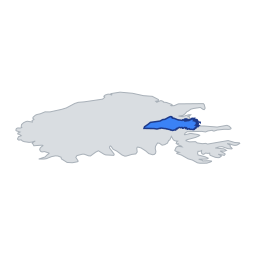 Borgarbyggð, Vesturland, Iceland shown in context, rotated 181°
{"feature_id": "244011B50787148750106", "entity_name": "Borgarbyggð", "entity_type": "district", "adm_level": 2, "iso_a3": "ISL", "parent_name": "Iceland", "parent_adm1": "Vesturland", "projection": "equal_earth", "projection_center": [-22.083, 64.706], "detail": "fine", "context": "in_parent", "style": "filled", "palette": "blue", "viewbox_px": 256, "rotation_deg": 181, "n_neighbors": 0, "source": "geoboundaries", "source_scale": "gbopen_adm2", "svg_char_len": 7964}
<svg xmlns="http://www.w3.org/2000/svg" viewBox="0 0 256 256"><g transform="rotate(181 128 128)"><path d="M197.7,98.8L200.0,98.9L203.8,98.1L209.1,95.9L211.4,95.5L216.7,95.4L210.4,97.6L208.2,99.9L206.5,101.1L206.6,101.6L211.2,103.0L213.3,102.6L214.3,102.8L215.2,103.4L215.9,104.8L215.6,106.2L214.4,107.6L212.7,108.8L213.0,109.2L214.4,109.3L221.8,108.6L222.8,110.4L223.5,110.9L223.3,111.5L220.5,113.4L223.9,112.2L226.6,111.9L231.4,112.5L233.4,113.2L234.6,114.3L237.0,114.0L238.1,114.7L238.2,115.4L237.3,117.4L234.6,118.4L236.4,119.8L237.8,119.9L238.1,120.2L238.0,121.0L235.9,122.1L239.5,123.2L240.0,123.6L239.9,124.9L239.4,125.6L238.3,126.1L235.7,126.1L234.2,126.6L234.8,127.4L234.5,129.6L232.6,131.4L230.7,132.4L228.9,133.0L223.7,132.3L224.0,133.9L222.2,134.8L222.6,135.6L223.3,136.0L223.1,137.1L220.8,139.2L219.2,139.9L215.9,140.7L211.2,142.7L206.4,142.7L194.6,145.5L190.0,147.0L181.7,151.6L178.2,152.8L172.1,153.4L153.9,156.4L151.9,158.2L151.8,158.6L152.7,159.3L151.3,160.6L148.6,161.5L147.2,161.5L144.9,160.7L144.7,161.1L145.6,162.1L136.6,163.7L124.1,162.8L113.1,160.6L104.3,160.1L98.1,157.0L97.9,156.5L98.5,155.6L100.8,155.2L99.7,154.2L96.0,155.9L94.8,155.8L93.2,155.1L93.1,154.5L90.0,154.2L84.6,152.3L84.2,151.8L85.5,151.2L85.2,151.0L82.3,151.1L78.1,153.0L53.1,153.7L52.2,152.7L51.2,149.2L52.1,147.7L53.1,147.8L56.0,149.8L62.7,148.7L65.5,147.9L68.0,146.0L69.4,145.4L71.4,143.0L73.5,141.5L77.7,140.8L73.9,140.3L67.6,142.3L65.5,142.3L66.5,141.4L68.7,140.5L67.2,140.4L66.6,140.0L66.6,139.1L67.7,137.6L75.1,135.0L73.3,134.5L68.2,136.5L64.4,137.2L61.4,136.3L59.9,135.1L60.0,134.6L61.8,133.0L61.5,132.7L60.3,132.6L57.0,131.2L51.8,131.3L38.9,130.5L29.1,132.4L26.8,131.5L24.9,129.6L25.3,128.8L27.0,128.4L31.8,128.4L38.8,127.5L42.0,126.4L43.2,126.7L43.8,127.2L48.1,126.4L50.4,125.4L54.3,125.9L68.8,125.3L70.7,124.0L71.5,122.5L71.1,122.2L65.8,123.6L64.6,123.6L58.4,122.8L56.2,122.0L56.9,121.3L60.2,119.8L68.5,117.4L69.7,116.9L69.8,116.3L66.5,115.2L60.2,115.5L58.6,114.3L53.4,113.6L50.0,114.0L48.2,113.3L27.7,117.2L21.1,115.4L16.4,115.1L16.0,114.5L18.8,112.8L20.6,112.5L22.5,112.7L26.1,113.9L28.6,114.2L25.5,112.5L25.4,110.8L24.4,110.4L23.5,109.3L23.9,108.9L27.7,109.1L33.6,111.0L36.5,110.7L40.4,109.5L31.8,108.8L29.2,107.3L31.1,106.5L35.5,106.6L30.6,104.0L30.4,103.5L31.3,102.3L37.4,103.4L34.2,101.8L34.1,101.5L35.0,101.2L35.6,100.2L37.1,99.9L40.2,100.2L45.0,102.0L45.7,102.5L45.9,104.3L47.7,104.0L50.0,104.3L51.9,103.0L53.2,103.3L54.2,104.4L54.0,106.8L55.4,106.0L57.6,105.9L58.0,103.9L57.5,102.3L50.2,100.5L47.3,99.2L47.7,98.7L49.1,98.3L56.8,98.0L53.5,97.2L52.7,96.4L46.9,96.7L43.9,96.4L43.9,96.0L45.1,95.4L48.6,94.2L55.3,94.0L58.0,94.4L63.1,97.1L67.3,98.2L74.2,101.9L78.7,103.3L78.9,103.7L78.1,104.1L76.4,104.6L79.1,105.3L80.7,106.2L80.8,106.6L79.4,109.7L77.7,110.6L73.6,110.1L74.6,111.0L77.5,112.0L78.2,112.6L77.7,113.2L79.1,113.0L79.6,113.3L79.0,115.1L78.2,115.7L80.7,116.0L82.4,116.9L84.5,120.4L85.6,117.7L86.1,116.7L87.1,116.3L88.3,113.6L91.0,112.0L93.6,111.4L96.3,113.3L98.2,113.5L100.2,110.2L100.4,107.7L99.7,105.1L100.0,103.2L101.3,102.0L103.0,101.7L106.8,102.8L109.9,105.4L114.6,108.3L117.8,109.1L118.4,109.0L118.9,108.0L118.4,104.2L119.8,102.2L123.6,101.7L129.3,99.9L130.7,99.8L133.5,100.9L138.8,104.7L142.5,106.5L144.5,109.3L145.4,109.8L146.1,108.9L146.1,107.7L141.5,101.8L141.4,101.0L141.8,100.4L149.8,100.7L151.6,101.4L157.2,104.7L159.9,103.3L165.0,99.4L166.9,99.5L171.5,101.1L173.3,101.0L178.6,99.5L179.7,97.7L177.2,94.0L178.1,93.3L183.0,92.3L188.3,92.5L194.1,96.0L194.4,97.6L197.7,98.8Z" fill="#d9dde1" stroke="#a8b0b8" stroke-width="1"/><path d="M84.6,140.1L86.0,140.1L87.7,139.3L91.2,137.3L93.5,137.0L96.1,135.5L105.7,134.0L107.9,132.1L111.5,129.5L112.0,127.9L102.0,127.9L99.0,127.5L96.4,128.2L95.5,128.2L95.3,128.5L94.3,128.5L91.6,128.1L90.5,128.1L89.8,127.8L89.5,127.9L89.2,127.7L88.4,127.7L88.1,127.5L85.9,127.1L85.6,126.8L85.3,127.0L85.0,126.9L84.8,126.7L83.3,126.3L81.5,126.9L80.3,126.8L80.1,127.0L80.0,127.5L79.8,127.9L78.9,127.9L78.8,128.0L79.2,128.4L78.5,128.7L77.6,128.9L77.0,129.5L76.2,129.5L75.2,129.1L74.4,129.5L73.6,129.4L73.5,128.9L73.4,128.7L72.4,128.7L72.6,128.8L71.7,129.5L70.2,129.4L70.5,129.0L70.4,128.5L69.0,128.6L68.8,128.4L68.6,128.4L68.5,128.2L68.8,128.0L68.7,127.8L67.9,128.0L67.4,128.3L66.7,128.4L66.6,128.1L66.0,127.7L65.5,127.7L64.9,127.8L62.6,127.5L62.4,127.6L61.8,127.7L61.7,127.9L61.3,128.3L61.6,128.4L61.3,128.6L61.5,128.6L61.4,128.8L61.2,128.8L60.7,128.8L60.4,129.0L60.5,129.1L60.1,129.2L60.1,129.5L60.3,129.6L60.2,129.8L60.3,129.9L60.2,130.1L59.3,130.3L58.7,130.5L58.1,130.6L58.2,130.9L58.3,131.0L58.1,131.0L57.7,131.4L57.4,131.3L57.2,131.4L57.9,131.4L58.3,131.3L58.2,131.4L58.2,131.5L57.8,131.6L58.0,131.7L57.5,131.8L57.9,132.0L58.1,131.8L58.6,131.8L59.0,131.9L59.1,131.7L60.3,132.0L60.1,132.1L59.6,132.4L59.6,132.5L59.8,132.5L59.9,132.8L59.6,132.8L59.4,133.0L59.1,133.0L59.0,132.9L58.9,132.9L58.9,133.3L58.1,133.7L58.2,133.8L58.0,134.0L58.3,134.0L58.5,133.9L58.7,133.7L58.9,133.7L59.3,133.5L59.7,133.5L59.4,133.6L59.6,133.7L60.0,133.8L59.7,133.8L59.5,134.0L59.4,134.4L59.1,134.5L58.8,134.7L58.3,134.5L57.5,134.2L57.4,134.1L58.7,134.7L58.8,134.8L58.7,134.9L59.2,135.2L59.1,135.3L59.3,135.1L59.6,135.2L59.5,135.3L59.4,135.5L59.2,135.7L59.4,135.6L59.6,135.6L59.4,135.8L59.5,135.8L59.4,135.8L59.1,136.0L59.4,135.9L59.3,136.0L59.5,136.0L59.6,135.9L59.8,135.9L59.7,135.9L59.6,136.0L59.4,136.2L59.5,136.2L59.3,136.5L59.4,136.4L59.4,136.5L59.5,136.5L59.9,136.6L60.1,136.5L60.3,136.5L60.8,136.3L61.1,136.2L61.2,136.3L61.5,136.4L61.3,136.6L61.7,136.5L61.9,136.6L61.6,136.6L61.3,136.9L60.9,136.8L61.0,136.9L60.9,136.9L61.3,136.9L61.7,136.8L61.8,136.9L61.9,136.6L62.1,136.8L61.8,136.9L61.8,137.0L62.0,136.9L61.9,137.1L62.1,137.1L62.4,137.2L62.2,137.3L62.3,137.4L62.0,137.4L61.9,137.6L62.0,137.6L61.9,137.6L62.0,137.7L61.8,137.7L61.9,137.8L61.9,138.0L61.7,137.9L61.6,138.1L61.6,138.4L61.8,138.2L61.7,138.0L61.9,138.1L61.8,138.3L61.9,138.5L62.0,138.4L61.9,138.2L62.0,137.9L62.2,138.1L62.6,138.0L62.5,138.3L62.7,138.5L62.8,138.5L63.1,138.7L63.4,138.7L63.6,138.5L63.8,138.5L63.5,138.7L63.5,138.8L63.3,138.9L63.5,138.9L63.7,138.7L64.2,138.6L64.3,138.5L64.6,138.4L64.4,138.6L64.9,138.6L65.2,138.1L65.1,137.8L65.3,137.7L65.6,137.5L65.6,137.4L65.8,137.3L66.0,137.3L66.2,137.2L66.1,137.5L66.3,137.4L66.6,137.4L66.8,137.3L66.9,137.2L66.9,137.3L67.1,137.3L67.3,137.1L67.3,136.9L67.5,136.9L68.0,136.9L68.3,136.6L68.5,136.8L68.3,136.9L68.1,137.1L68.5,137.0L68.5,136.8L68.9,136.7L69.0,136.5L69.0,136.4L69.3,136.4L69.2,136.6L69.5,136.6L69.4,136.5L69.4,136.4L69.9,136.3L70.0,136.1L71.4,136.0L71.5,136.1L71.0,136.6L70.6,136.9L70.2,136.9L71.1,136.9L71.2,137.0L70.6,137.2L69.5,137.4L69.2,137.4L68.9,137.2L69.0,137.3L68.8,137.5L69.1,137.6L69.0,137.8L69.4,138.1L69.8,138.0L70.8,138.1L71.5,137.9L71.8,137.7L71.9,137.4L72.2,137.1L71.9,136.8L72.2,136.7L72.6,136.8L72.8,137.1L73.4,137.2L73.6,137.0L74.0,136.5L76.7,136.9L77.4,136.8L78.0,137.1L78.8,137.2L79.5,137.5L79.9,137.7L81.2,138.1L81.6,138.4L82.4,138.5L83.3,138.5L84.1,138.9L84.3,139.2L84.1,139.4L84.4,139.5L84.5,139.7L84.4,139.9L84.6,140.1ZM59.5,137.2L59.0,137.3L59.1,137.5L59.4,137.5L59.7,137.5L59.8,137.3L59.7,137.2L59.8,137.2L59.5,137.2ZM58.5,132.7L58.1,132.5L57.2,131.9L58.1,132.7L58.6,132.7L58.8,132.6L58.3,132.5L58.7,132.6L58.5,132.7ZM62.5,138.5L62.2,138.4L62.2,138.6L61.9,138.6L62.5,138.7L62.8,138.8L63.1,138.8L62.7,138.8L62.4,138.6L62.5,138.5ZM59.8,136.7L59.3,136.6L59.1,136.6L59.3,136.7L59.4,136.9L59.5,136.9L59.8,136.9L59.7,136.8L59.8,136.7ZM61.6,137.2L61.5,137.3L61.8,137.3L61.8,137.5L61.7,137.5L62.0,137.4L61.9,137.3L61.8,137.2L61.6,137.2ZM61.0,137.4L60.8,137.7L61.0,137.7L60.9,137.6L61.0,137.4ZM65.5,137.8L65.6,137.6L65.3,137.8L65.5,137.8ZM61.6,137.3L61.2,137.2L61.4,137.3L61.6,137.3ZM60.8,137.8L60.6,137.8L60.8,137.8ZM60.7,137.1L60.7,136.9L60.5,137.0L60.7,137.1ZM59.0,135.5L59.2,135.3L58.9,135.5L59.0,135.5ZM56.0,135.0L55.9,134.9L55.9,135.0L56.0,135.0ZM56.6,134.9L56.4,134.9L56.6,134.9ZM59.1,135.9L58.9,136.0L59.1,135.9Z" fill="#3b82f6" stroke="#1e3a8a" stroke-width="1.5"/></g></svg>